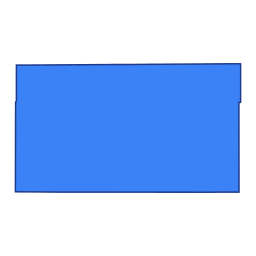 outline of Texas, Oklahoma, United States of America
{"feature_id": "52423323B37973065471626", "entity_name": "Texas", "entity_type": "district", "adm_level": 2, "iso_a3": "USA", "parent_name": "United States of America", "parent_adm1": "Oklahoma", "projection": "natural_earth1", "projection_center": [-101.473, 36.749], "detail": "fine", "context": "isolated", "style": "filled", "palette": "blue", "viewbox_px": 256, "rotation_deg": 0, "n_neighbors": 0, "source": "geoboundaries", "source_scale": "gbopen_adm2", "svg_char_len": 611}
<svg xmlns="http://www.w3.org/2000/svg" viewBox="0 0 256 256"><path d="M211.8,192.2L218.6,192.1L220.1,192.1L234.2,192.1L239.0,192.1L238.9,102.4L240.6,102.3L240.6,63.8L230.0,63.8L226.7,63.8L218.2,63.9L215.5,63.9L185.5,64.1L185.2,64.1L155.2,64.3L154.8,64.3L151.0,64.3L143.6,64.4L143.4,64.4L128.8,64.5L121.8,64.5L114.4,64.5L105.0,64.6L104.8,64.6L42.5,65.0L22.2,65.1L16.4,65.1L16.4,101.1L15.6,102.1L15.4,191.8L36.5,191.9L58.0,192.1L66.0,192.1L67.0,192.1L67.3,192.1L67.6,192.1L67.8,192.1L82.4,192.1L84.6,192.1L93.9,192.1L94.7,192.1L100.1,192.1L211.8,192.2Z" fill="#3b82f6" stroke="#1e3a8a" stroke-width="1.5"/></svg>